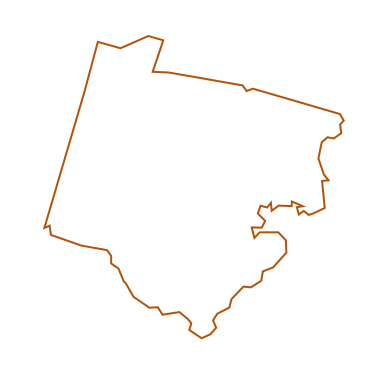 outline of Avoyelles, Louisiana, United States of America, rotated 106°
{"feature_id": "52423323B56288271705093", "entity_name": "Avoyelles", "entity_type": "district", "adm_level": 2, "iso_a3": "USA", "parent_name": "United States of America", "parent_adm1": "Louisiana", "projection": "albers", "projection_center": [-91.961, 31.096], "detail": "fine", "context": "isolated", "style": "outline", "palette": "amber", "viewbox_px": 384, "rotation_deg": 106, "n_neighbors": 0, "source": "geoboundaries", "source_scale": "gbopen_adm2", "svg_char_len": 1074}
<svg xmlns="http://www.w3.org/2000/svg" viewBox="0 0 384 384"><g transform="rotate(106 192 192)"><path d="M267.2,324.0L263.6,319.6L272.2,315.7L274.0,283.2L271.3,257.6L275.7,252.1L283.0,250.0L285.9,241.5L296.8,232.9L298.0,230.5L308.9,219.3L315.0,201.1L312.2,193.1L318.1,186.5L310.9,171.1L315.3,160.8L318.4,156.5L325.4,156.5L329.9,142.5L323.7,135.1L315.8,131.4L309.6,136.4L302.0,134.1L292.8,124.3L284.1,124.5L268.8,116.5L267.4,109.1L258.2,100.9L248.8,102.0L242.1,93.2L224.2,84.6L212.6,88.4L207.0,97.9L212.1,115.8L218.9,119.4L209.6,124.8L207.0,115.1L199.6,113.7L194.5,122.8L186.3,122.3L186.2,115.5L180.7,113.1L188.1,110.2L181.2,104.9L178.1,92.3L173.6,93.4L175.1,81.6L177.7,87.0L184.2,83.1L179.4,79.4L181.9,73.5L178.9,69.2L170.8,60.0L145.6,70.0L143.1,64.0L139.0,69.9L125.0,79.7L108.5,81.0L102.1,76.9L101.4,70.4L94.3,64.7L86.4,68.2L81.5,65.9L76.3,71.3L75.9,162.0L79.9,167.3L75.6,172.7L76.5,180.8L78.8,203.0L83.6,247.6L87.3,262.9L54.1,261.4L54.1,277.0L73.5,300.4L73.7,323.9L85.1,323.7L125.3,323.0L169.3,323.3L267.2,324.0Z" fill="none" stroke="#b45309" stroke-width="2"/></g></svg>